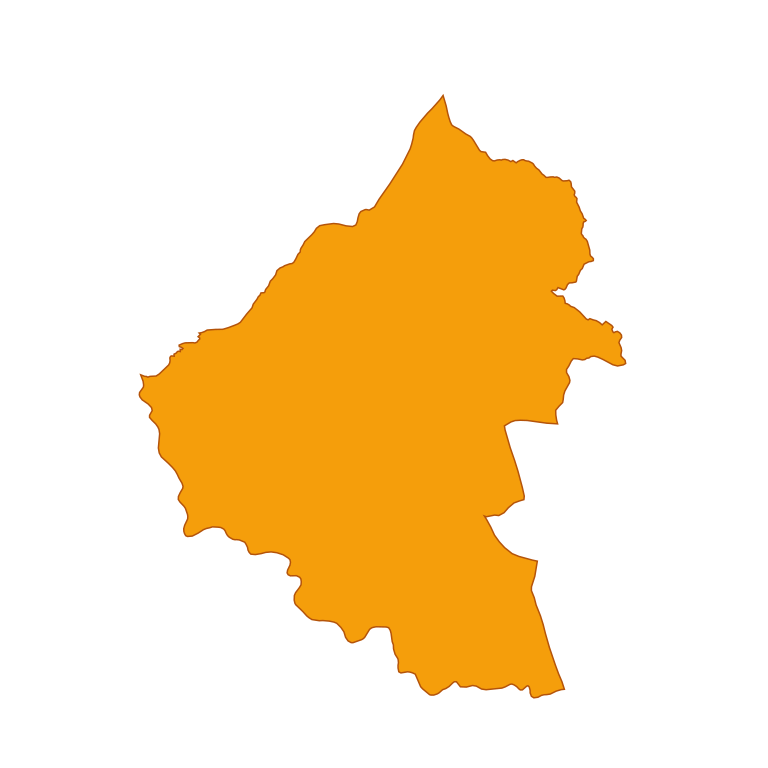 outline of Pea Reang, Prey Vêng, Cambodia, rotated 282°
{"feature_id": "14789045B14089291645285", "entity_name": "Pea Reang", "entity_type": "district", "adm_level": 2, "iso_a3": "KHM", "parent_name": "Cambodia", "parent_adm1": "Prey Vêng", "projection": "orthographic", "projection_center": [105.246, 11.679], "detail": "fine", "context": "isolated", "style": "filled", "palette": "amber", "viewbox_px": 768, "rotation_deg": 282, "n_neighbors": 0, "source": "geoboundaries", "source_scale": "gbopen_adm2", "svg_char_len": 6162}
<svg xmlns="http://www.w3.org/2000/svg" viewBox="0 0 768 768"><g transform="rotate(282 384 384)"><path d="M201.1,272.0L201.4,274.9L200.3,280.7L198.3,282.6L195.8,284.5L193.3,285.5L191.3,287.1L189.9,289.1L190.4,293.6L192.6,299.2L194.7,303.3L196.3,308.5L196.7,314.4L196.0,320.9L193.9,326.5L192.7,328.5L190.2,329.6L187.3,329.7L181.9,328.4L179.1,328.5L177.5,329.9L176.9,332.3L178.3,338.2L177.4,341.8L175.9,343.3L173.3,344.2L170.3,344.6L167.3,343.6L161.5,340.9L158.5,340.3L153.9,341.1L151.1,342.4L149.8,343.5L144.7,351.7L141.1,356.7L139.8,359.2L138.6,362.4L139.0,369.9L139.9,373.3L140.7,379.8L140.7,384.6L140.1,387.6L136.9,392.5L133.3,396.3L128.2,399.1L125.2,402.3L124.2,405.6L124.5,407.4L129.3,415.3L130.7,416.8L132.2,417.8L141.0,420.9L142.9,422.6L143.7,424.0L144.9,426.7L145.5,429.8L146.8,436.7L146.6,439.2L144.4,441.3L141.5,442.8L133.7,445.6L130.8,447.4L126.9,448.4L124.8,449.5L121.9,451.1L118.4,454.5L117.2,455.2L114.3,456.1L111.9,456.2L109.1,456.8L105.6,458.3L104.9,460.6L107.4,466.9L107.6,469.2L107.4,471.9L106.7,474.9L95.5,482.8L93.8,485.2L89.6,493.2L89.5,494.5L90.1,497.4L92.0,500.6L93.4,502.1L97.2,504.9L98.9,507.7L101.7,510.6L105.8,513.3L107.4,514.7L107.8,516.8L103.7,521.7L104.7,527.6L107.5,533.3L107.7,537.1L105.9,542.9L106.2,547.4L111.1,562.6L113.0,565.6L116.5,569.8L117.1,571.5L116.7,573.9L115.6,576.7L113.7,579.5L113.1,580.9L113.6,583.0L118.0,586.3L118.8,587.5L117.9,589.0L114.8,590.6L112.2,591.2L109.2,593.1L108.2,595.8L109.6,599.7L112.2,602.8L113.3,605.1L114.0,607.7L115.3,611.1L119.4,616.3L121.9,620.9L122.9,623.9L129.7,620.0L136.7,615.1L144.8,610.0L160.6,600.6L173.4,593.8L181.8,589.7L189.8,585.2L199.5,578.7L206.2,575.4L212.6,571.1L216.3,570.4L227.3,571.5L242.6,570.8L242.6,565.6L243.4,551.7L244.7,544.6L249.0,536.0L253.5,529.7L259.1,523.5L266.2,518.2L272.8,512.5L275.7,509.7L275.4,511.6L278.8,519.5L279.2,523.6L283.1,528.2L288.9,531.4L294.7,535.9L297.9,541.0L300.0,544.9L303.5,544.5L311.6,540.8L326.5,533.2L336.3,527.7L347.9,520.7L364.4,511.9L368.1,510.5L373.3,516.1L375.5,519.8L376.9,524.9L378.1,531.6L379.5,551.1L381.1,562.1L384.4,560.4L389.4,558.5L394.0,557.4L398.6,559.8L403.0,562.6L406.3,562.5L410.6,562.0L414.8,562.4L423.9,565.2L426.2,565.1L429.7,563.3L433.1,560.2L436.2,559.5L440.0,561.0L445.4,562.4L448.2,563.9L448.8,568.1L448.8,573.0L449.7,575.4L451.3,576.9L452.1,579.1L453.8,580.5L455.0,583.8L454.8,587.4L453.5,593.2L450.4,603.9L450.2,608.7L452.5,614.1L454.3,616.1L457.3,614.9L460.5,610.1L462.4,609.6L466.1,609.5L468.8,608.4L473.3,605.2L475.8,605.5L478.9,606.8L481.2,606.1L483.0,604.1L484.0,601.3L483.1,599.5L482.0,598.2L482.7,596.9L485.0,595.5L487.2,596.2L488.6,594.6L491.3,588.0L487.2,585.1L488.9,582.1L490.1,578.4L490.2,575.4L490.7,571.8L489.2,570.3L489.6,568.4L495.2,560.5L498.3,554.2L498.8,550.4L499.7,549.0L500.5,546.7L500.6,544.5L503.1,543.6L505.5,542.3L507.2,540.6L505.9,535.1L507.8,531.1L509.6,528.4L510.8,529.2L511.0,532.2L512.1,533.3L514.5,534.2L513.5,540.3L514.2,541.3L515.8,542.1L519.3,542.8L521.4,544.2L522.1,546.9L523.6,550.4L524.6,550.8L529.5,550.6L531.6,551.6L536.1,552.5L538.1,553.9L542.8,554.8L546.2,559.0L546.9,561.1L548.2,563.1L550.0,562.8L551.1,561.5L552.1,559.5L553.9,558.4L557.8,557.4L565.8,553.2L567.6,551.4L568.2,549.8L569.3,548.4L570.4,547.7L571.3,546.4L572.3,545.7L577.1,545.2L578.6,545.8L580.1,545.8L582.6,545.4L584.1,545.7L585.0,547.1L586.0,547.8L586.9,546.6L587.6,544.9L591.7,542.4L594.1,540.1L597.7,538.0L601.9,534.6L605.5,534.2L606.6,533.0L607.1,531.8L608.6,530.7L610.3,530.9L612.3,530.5L615.8,526.4L619.2,525.3L620.7,524.5L621.8,522.6L620.9,520.9L619.9,517.3L620.0,515.9L621.9,512.5L622.4,510.0L621.6,507.8L621.8,506.4L621.1,503.7L620.1,501.1L619.8,499.5L621.3,497.2L622.3,494.9L625.6,491.0L626.8,488.3L628.4,486.1L630.2,484.4L630.9,483.2L632.0,479.2L631.8,477.0L631.9,475.3L632.4,474.1L632.0,472.3L631.1,470.7L629.2,468.4L627.8,467.3L629.4,463.6L627.9,461.8L628.8,458.8L628.9,455.7L628.2,453.3L627.4,452.2L627.4,450.6L626.6,448.1L625.2,445.7L625.0,443.9L626.2,441.0L628.9,437.8L631.8,435.2L631.5,430.6L632.5,428.8L640.8,421.0L643.0,418.6L644.1,416.9L645.6,411.9L648.9,404.3L650.3,399.0L651.0,397.2L651.7,396.2L654.5,394.1L658.2,392.0L661.9,390.1L668.9,387.0L678.5,381.8L673.6,379.6L663.4,373.8L658.0,370.3L647.7,364.7L641.8,362.2L638.2,361.1L633.7,361.1L630.5,361.4L624.4,361.2L619.4,360.7L602.9,356.4L580.9,348.1L563.8,340.8L555.2,337.9L551.0,333.4L551.0,330.6L550.7,329.4L547.9,325.5L545.3,324.3L541.2,324.0L537.2,324.1L533.7,323.4L531.5,320.5L530.8,314.1L531.1,306.5L530.5,301.3L527.5,292.8L525.5,288.2L522.2,285.5L518.4,284.2L515.1,282.4L506.9,276.9L503.3,276.0L499.6,274.6L497.9,274.3L495.7,274.6L493.0,272.9L488.3,271.8L484.6,270.6L482.8,269.2L481.9,266.8L479.0,262.1L477.7,260.9L475.9,258.2L472.6,255.7L468.2,255.3L463.9,253.3L460.9,251.4L456.0,250.7L452.1,248.7L450.8,248.4L449.5,248.5L448.4,247.7L447.5,244.7L444.8,244.1L443.5,243.0L440.4,242.1L434.9,239.5L431.1,239.1L423.6,235.0L414.5,230.7L412.4,228.6L410.6,226.0L406.8,220.1L404.0,215.0L402.3,207.7L400.0,199.8L398.0,197.6L396.3,194.9L395.4,192.6L394.4,194.1L391.6,192.3L390.8,194.1L389.6,194.4L388.4,193.5L386.0,192.3L384.8,190.5L384.7,188.4L382.9,181.0L381.6,178.5L379.4,175.5L378.0,176.0L377.8,178.0L377.0,180.0L375.6,179.2L375.6,177.4L373.4,178.0L373.4,176.4L372.8,175.2L371.0,174.3L369.5,172.4L367.6,173.0L367.3,170.4L366.7,169.5L365.0,169.1L362.4,169.9L360.1,170.0L357.8,169.4L347.1,162.1L344.4,159.4L342.8,153.5L341.6,151.6L342.0,149.8L341.7,148.4L342.4,144.1L336.6,147.8L333.0,149.1L330.9,149.3L324.9,146.7L322.5,146.9L320.6,148.0L318.2,150.8L315.4,157.5L312.6,161.5L309.8,162.8L304.7,161.2L302.6,161.6L300.3,164.6L297.5,169.0L295.0,171.7L292.7,173.4L288.7,174.9L274.5,176.6L269.8,178.5L266.4,181.4L261.7,189.4L258.5,194.3L255.6,198.0L252.5,200.7L249.4,203.0L244.9,207.1L242.1,208.7L240.0,208.8L235.2,207.2L231.2,206.3L228.3,206.8L226.1,209.0L222.9,213.7L221.1,215.6L215.6,218.9L213.8,219.6L211.2,220.0L204.4,218.4L200.8,218.2L198.2,218.9L196.2,220.0L194.4,221.6L194.0,223.5L195.4,228.1L199.5,233.2L204.0,237.7L205.8,240.4L207.2,243.5L208.6,245.9L209.5,251.6L209.7,254.2L208.8,257.4L207.5,259.0L204.9,260.9L203.2,262.5L202.0,264.4L200.7,268.4L200.7,270.7L201.1,272.0Z" fill="#f59e0b" stroke="#b45309" stroke-width="1.5"/></g></svg>